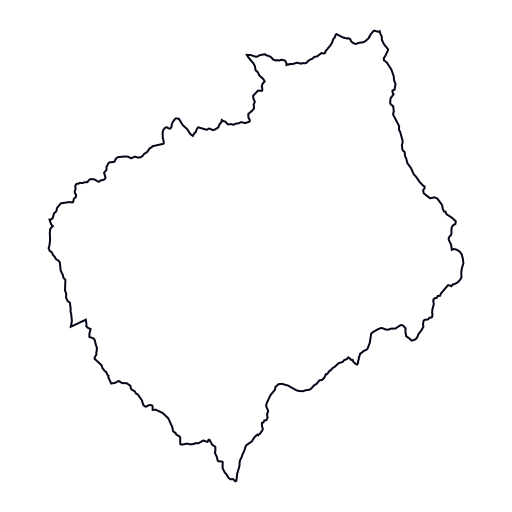 Daniel Alcides Carrion, Pasco, Peru
{"feature_id": "86281439B88138122201247", "entity_name": "Daniel Alcides Carrion", "entity_type": "district", "adm_level": 2, "iso_a3": "PER", "parent_name": "Peru", "parent_adm1": "Pasco", "projection": "natural_earth1", "projection_center": [-76.463, -10.516], "detail": "fine", "context": "isolated", "style": "outline", "palette": "ink", "viewbox_px": 512, "rotation_deg": 0, "n_neighbors": 0, "source": "geoboundaries", "source_scale": "gbopen_adm2", "svg_char_len": 5945}
<svg xmlns="http://www.w3.org/2000/svg" viewBox="0 0 512 512"><path d="M246.9,54.9L248.3,57.3L253.4,63.4L254.8,65.8L255.6,70.3L257.8,72.2L259.3,75.4L263.5,79.3L264.7,81.5L262.9,83.3L261.8,85.7L262.4,89.6L262.0,90.8L258.0,90.6L253.1,95.8L253.3,98.1L254.8,101.8L253.7,104.5L254.0,108.3L252.8,110.1L248.3,114.0L248.4,117.4L249.8,120.2L249.8,121.1L249.4,121.7L245.1,123.1L241.2,122.1L238.3,123.4L235.3,123.7L233.6,124.8L231.6,124.2L227.7,124.3L225.3,121.6L223.3,121.1L221.8,120.0L221.2,122.5L219.9,123.7L218.2,127.5L215.0,129.5L213.0,130.1L209.2,128.5L206.7,129.8L198.3,127.3L197.1,128.6L195.6,132.3L194.2,133.4L192.9,135.9L190.5,134.2L187.3,129.3L182.6,124.9L178.8,118.7L176.3,118.4L175.3,118.7L173.0,121.7L171.9,123.9L171.4,127.0L170.4,128.5L168.9,128.5L166.6,127.2L164.9,128.0L163.4,129.8L162.7,132.2L162.7,137.1L163.9,143.0L163.4,143.8L152.6,146.2L151.7,147.3L149.7,148.3L147.2,152.0L144.0,154.0L142.7,155.8L140.8,157.2L137.9,157.6L134.9,156.6L131.1,158.3L128.2,156.7L124.4,156.5L118.3,157.1L116.8,157.8L115.4,159.5L114.7,161.4L113.7,162.0L109.9,162.3L108.5,163.1L106.5,167.0L106.5,169.9L104.1,172.7L105.5,177.8L104.8,179.1L103.1,180.0L100.6,180.4L99.1,181.7L98.3,181.7L94.2,179.3L90.6,179.1L89.2,179.8L87.3,182.2L85.1,182.2L82.2,183.1L79.8,182.8L78.7,183.6L76.6,183.8L75.2,185.9L75.6,188.8L74.7,191.4L74.9,193.2L76.0,194.6L76.0,196.8L73.8,198.9L73.2,201.9L72.1,202.5L69.5,202.0L60.8,203.4L56.9,208.1L56.6,210.5L56.0,211.6L54.0,213.3L52.7,218.2L50.9,219.5L49.5,219.6L51.2,224.5L52.9,226.1L50.3,228.7L49.8,232.7L50.1,240.0L49.4,245.7L48.6,248.3L49.7,250.9L51.8,252.3L52.8,254.7L54.8,256.9L55.4,258.3L56.6,259.6L58.6,260.7L59.8,262.5L60.7,270.7L62.8,274.9L63.5,277.9L65.4,279.9L65.0,290.3L66.2,293.8L66.1,297.5L67.6,301.1L69.8,302.5L70.7,308.6L70.5,311.4L71.2,314.0L71.9,321.1L70.8,326.7L85.8,319.7L86.5,324.4L86.2,326.1L87.7,327.7L90.6,329.1L89.5,333.2L89.3,336.5L89.5,337.0L93.3,338.3L94.6,339.7L96.2,346.1L96.9,347.5L96.7,351.1L96.3,352.3L96.4,354.7L95.3,356.1L94.5,358.7L101.6,365.3L102.3,367.8L104.8,371.1L106.4,372.2L107.0,374.2L108.5,375.9L108.3,377.3L111.2,383.5L114.7,383.0L118.7,381.0L122.2,383.1L126.6,383.2L127.4,383.7L130.4,385.8L130.8,388.1L131.6,389.5L134.8,391.4L135.9,393.4L137.8,394.5L141.9,400.3L143.2,404.8L144.8,406.3L146.0,406.7L149.3,405.0L151.9,405.3L152.6,406.3L152.6,409.9L155.7,409.7L162.7,413.0L168.3,418.3L172.4,427.4L173.0,431.0L174.3,432.3L175.4,432.7L176.5,434.8L178.7,435.8L180.2,437.3L180.2,443.2L180.5,444.3L182.2,444.6L187.0,443.6L190.6,444.4L194.2,443.9L194.7,443.3L198.6,443.2L203.3,440.5L207.3,441.9L207.9,441.5L208.5,439.8L209.5,439.8L212.2,444.7L215.3,446.8L215.4,450.6L214.9,452.8L216.7,456.6L217.7,460.6L218.7,461.3L222.2,461.6L222.7,462.1L222.6,468.2L224.7,472.4L226.6,474.6L228.3,477.5L229.5,478.6L230.7,479.3L233.2,479.1L235.3,481.3L236.1,481.0L236.5,480.1L237.1,474.1L239.5,465.8L239.6,462.4L240.2,459.9L241.7,457.1L242.5,454.2L244.1,451.4L245.7,446.1L246.5,445.1L251.8,441.4L254.1,437.7L256.4,435.4L257.6,434.6L258.2,435.1L258.4,434.5L259.8,434.0L262.5,430.1L262.8,428.7L262.0,426.2L261.9,422.9L263.4,422.5L264.2,420.6L266.4,420.1L267.6,417.5L267.0,414.2L268.1,411.6L267.9,410.3L266.1,405.9L266.6,403.4L270.5,395.1L275.0,389.7L275.3,387.4L276.1,386.3L278.5,384.2L281.8,383.8L288.1,385.6L296.4,390.3L299.1,391.0L303.1,391.2L305.8,390.2L309.3,389.8L311.1,388.7L313.9,385.5L316.6,383.8L319.4,380.4L322.2,379.9L323.4,378.4L324.1,378.2L325.9,374.2L326.7,374.3L327.6,373.5L329.6,370.7L330.4,370.6L333.0,367.7L334.5,367.0L338.6,363.2L342.7,361.9L344.2,360.1L346.9,359.1L348.4,357.4L350.4,358.9L350.6,359.5L352.2,360.3L352.7,360.0L353.0,361.2L354.2,362.6L356.1,364.3L357.2,364.5L358.2,362.5L358.0,361.4L358.8,359.3L358.8,357.4L359.6,355.8L360.1,353.7L362.2,352.4L363.1,351.3L366.7,349.6L367.6,348.5L369.8,342.7L371.2,333.6L373.0,332.1L377.8,329.3L380.7,328.1L381.9,328.0L386.1,329.6L388.1,329.7L391.4,328.6L395.3,328.6L400.6,325.1L402.2,325.2L404.1,326.5L405.6,328.5L405.4,332.0L406.3,336.4L409.4,338.4L411.3,340.4L412.0,340.6L415.4,339.4L417.0,337.7L418.7,333.7L420.8,331.2L423.4,326.8L423.0,324.1L423.6,320.8L424.5,319.9L428.0,319.4L429.9,317.5L431.2,317.6L432.1,317.0L432.5,314.5L432.1,312.7L432.4,309.3L433.8,304.2L433.2,300.2L433.8,299.2L434.5,298.3L436.7,297.9L437.7,296.0L440.0,295.8L441.1,293.3L447.8,285.4L449.0,285.2L451.4,286.2L452.9,284.3L454.4,284.2L458.2,282.0L460.5,279.2L461.5,277.2L461.2,273.4L461.7,268.9L463.4,263.2L462.9,259.0L461.7,254.2L459.4,251.3L456.4,249.6L453.8,249.0L451.8,249.8L451.1,244.7L448.9,240.1L448.6,238.6L449.1,237.2L450.9,235.1L451.5,233.4L451.4,228.9L451.9,227.2L452.8,225.5L455.4,223.9L455.8,221.3L452.1,217.9L446.7,214.3L446.0,213.4L445.6,211.7L444.0,211.5L442.7,208.8L442.2,205.2L437.3,198.5L434.5,197.3L430.1,198.3L423.7,193.3L423.1,190.5L424.7,187.8L424.6,186.5L423.2,185.7L419.8,182.2L415.8,176.4L413.9,174.6L411.1,168.3L407.3,163.0L406.2,158.4L405.0,156.1L404.7,152.1L403.0,150.6L402.3,149.1L401.9,145.0L402.5,143.3L402.6,140.6L400.0,131.4L399.0,130.2L399.1,126.1L393.2,114.7L393.2,113.3L393.8,111.6L393.2,106.2L390.9,104.5L390.1,102.8L390.6,98.2L393.6,94.3L392.5,92.4L392.5,90.5L394.6,89.6L395.5,83.9L394.0,80.1L393.8,76.5L391.3,69.4L386.8,62.5L384.0,60.3L383.8,58.1L385.0,56.5L388.1,50.0L387.7,48.8L384.2,44.6L381.9,40.0L381.7,36.4L380.3,33.6L379.7,31.2L378.4,31.8L374.4,30.7L373.6,30.9L370.5,34.5L370.1,35.9L369.3,36.4L369.0,37.9L365.2,41.2L363.1,42.3L359.4,42.7L355.6,44.0L353.3,43.1L351.1,41.3L350.3,39.2L348.1,38.1L347.5,38.6L342.8,37.4L336.5,34.1L335.6,34.8L334.9,37.1L333.1,39.4L332.2,42.4L330.9,44.7L325.6,51.2L325.2,52.8L323.8,53.5L321.4,53.1L317.3,56.3L314.2,57.0L312.1,58.9L310.6,59.4L308.2,60.9L306.5,62.8L304.8,63.3L302.5,63.1L301.0,63.7L297.2,62.7L292.3,64.1L289.5,64.0L288.9,64.6L287.7,64.4L286.5,65.0L286.5,63.6L285.5,61.2L284.5,60.4L281.4,59.7L279.4,60.6L277.2,60.1L276.1,60.6L273.1,59.5L271.4,57.5L269.8,56.4L265.8,55.1L264.9,54.2L259.6,55.2L257.6,56.5L256.0,56.8L250.9,55.1L246.9,54.9Z" fill="none" stroke="#020617" stroke-width="2"/></svg>